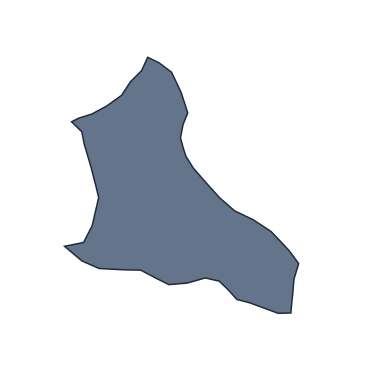 Mégri, Wadi Fira, Chad, rotated 113°
{"feature_id": "50815135B12471481376218", "entity_name": "Mégri", "entity_type": "district", "adm_level": 2, "iso_a3": "TCD", "parent_name": "Chad", "parent_adm1": "Wadi Fira", "projection": "natural_earth1", "projection_center": [21.641, 15.331], "detail": "fine", "context": "isolated", "style": "filled", "palette": "slate", "viewbox_px": 384, "rotation_deg": 113, "n_neighbors": 0, "source": "geoboundaries", "source_scale": "gbopen_adm2", "svg_char_len": 887}
<svg xmlns="http://www.w3.org/2000/svg" viewBox="0 0 384 384"><g transform="rotate(113 192 192)"><path d="M174.4,330.3L179.6,317.0L190.6,309.5L201.2,300.7L209.8,293.7L216.0,289.0L223.9,282.9L233.7,275.7L251.4,272.6L262.0,270.7L263.5,270.8L280.8,272.1L291.8,288.1L298.5,266.4L298.7,247.5L290.4,224.7L284.0,208.7L285.4,191.7L286.3,177.1L277.7,160.8L265.9,146.2L264.5,138.0L263.4,132.2L268.1,120.0L273.4,108.7L271.5,95.8L270.0,65.2L264.7,53.7L264.2,53.9L251.4,58.0L248.9,58.7L232.2,64.1L218.3,65.6L216.2,65.9L208.0,79.7L203.4,90.1L197.4,104.0L193.6,125.1L193.3,132.3L193.0,138.0L192.7,145.5L186.5,164.4L177.6,183.5L169.4,200.3L161.5,211.6L155.0,217.2L146.6,223.8L133.3,226.6L120.9,226.8L104.7,240.8L95.8,250.8L89.7,257.7L86.0,272.6L85.3,285.4L99.9,285.8L114.4,291.7L130.5,294.6L146.1,304.1L159.4,314.7L168.4,325.3L174.4,330.3Z" fill="#64748b" stroke="#1e293b" stroke-width="1.5"/></g></svg>